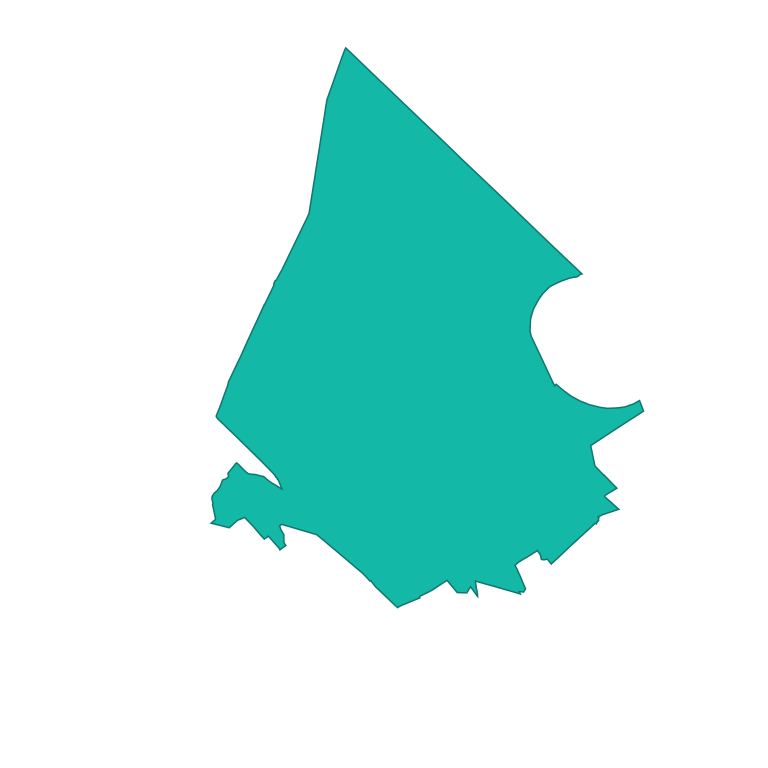 Atenco, México, Mexico, rotated 133°
{"feature_id": "50627088B50781851998453", "entity_name": "Atenco", "entity_type": "district", "adm_level": 2, "iso_a3": "MEX", "parent_name": "Mexico", "parent_adm1": "México", "projection": "equal_earth", "projection_center": [-98.95, 19.543], "detail": "fine", "context": "isolated", "style": "filled", "palette": "teal", "viewbox_px": 768, "rotation_deg": 133, "n_neighbors": 0, "source": "geoboundaries", "source_scale": "gbopen_adm2", "svg_char_len": 5175}
<svg xmlns="http://www.w3.org/2000/svg" viewBox="0 0 768 768"><g transform="rotate(133 384 384)"><path d="M226.8,175.7L224.3,180.8L221.8,185.8L228.7,188.1L231.1,189.4L236.5,192.2L241.8,196.5L245.8,200.4L249.7,204.3L254.0,210.5L259.0,219.6L262.8,229.2L265.4,239.4L266.5,250.0L266.8,257.9L269.0,257.9L266.4,264.7L261.5,276.8L258.3,284.8L253.5,296.8L248.7,308.9L245.2,313.9L242.8,315.8L236.7,321.0L232.1,323.4L227.6,325.7L223.9,326.7L216.4,328.6L209.5,329.5L204.6,329.3L199.7,329.1L193.6,326.9L188.2,324.7L180.4,320.7L178.7,319.5L177.1,318.5L175.4,317.0L173.6,315.7L170.2,315.3L168.5,314.3L168.4,321.6L168.3,337.8L168.2,347.8L168.1,359.8L167.7,385.1L167.2,413.3L166.9,437.1L166.7,458.7L166.6,476.0L166.3,489.6L165.9,514.7L165.8,526.4L165.7,536.4L165.5,550.7L165.4,560.7L165.2,574.0L165.0,586.3L165.0,594.8L164.9,598.3L164.7,613.1L164.3,638.3L164.3,641.2L167.1,640.3L172.3,638.2L178.0,635.7L183.6,633.3L187.9,631.4L193.7,628.9L197.9,627.0L205.3,623.8L209.7,621.9L215.0,619.6L218.5,617.3L225.0,612.9L232.4,607.8L238.1,604.0L242.5,601.0L248.9,596.7L255.3,592.3L261.6,588.1L267.1,584.4L273.3,580.2L280.9,575.0L285.6,571.9L291.2,568.1L297.4,563.9L305.4,558.5L310.6,555.0L312.2,554.6L315.7,553.3L324.1,550.8L329.5,549.1L336.8,546.8L342.1,545.2L347.2,543.6L355.3,541.1L359.5,539.8L364.7,538.2L370.5,536.4L374.0,535.6L375.7,535.2L378.1,534.5L381.1,533.7L382.9,534.0L385.8,533.0L385.9,532.9L386.4,532.4L386.9,532.0L387.3,531.8L387.7,531.6L388.3,531.4L393.4,529.8L400.5,527.6L407.6,525.4L407.6,525.7L411.2,524.5L418.4,522.1L425.6,519.7L432.8,517.4L436.3,516.2L443.5,513.8L450.7,511.4L455.0,509.9L463.6,507.0L468.1,505.7L474.3,503.7L479.7,502.0L485.0,500.3L488.8,499.1L490.0,498.2L492.4,497.0L499.6,494.0L504.8,491.8L511.4,488.9L521.8,484.9L522.3,484.3L522.9,481.4L522.9,479.9L522.9,477.6L522.9,473.4L523.1,467.3L523.1,463.7L523.1,463.1L523.2,458.5L523.3,452.2L523.4,450.9L523.4,447.0L523.5,446.2L523.5,444.9L523.7,438.0L523.8,436.2L523.9,430.6L524.0,427.5L524.1,422.0L524.2,419.8L524.5,412.0L524.7,408.4L524.8,406.2L524.8,405.8L525.1,401.8L525.9,399.7L525.6,397.7L526.0,397.5L526.3,397.3L526.4,395.7L529.2,389.4L530.4,387.0L530.7,388.2L531.1,390.0L531.7,393.0L532.4,396.6L532.8,397.8L532.9,398.6L533.2,400.6L533.5,402.9L533.6,405.1L533.7,407.7L533.7,408.6L534.2,409.7L535.0,410.9L535.7,412.1L537.5,415.7L537.7,416.1L538.8,417.5L539.9,418.7L540.5,419.6L541.2,420.5L541.7,421.3L542.1,422.1L542.4,424.3L542.4,427.3L542.4,428.2L542.3,430.7L542.2,432.6L542.1,434.2L542.1,435.6L542.0,437.1L542.2,437.4L542.5,438.2L550.0,437.6L554.8,437.3L555.7,437.2L556.3,436.6L557.0,435.5L557.3,435.0L557.9,434.7L558.6,434.5L559.4,434.5L561.9,435.1L563.0,435.9L563.7,436.4L564.2,436.5L564.8,436.4L569.5,434.4L570.8,434.0L572.3,433.7L573.1,433.7L573.8,433.5L575.6,433.3L577.5,433.5L578.3,433.6L579.8,433.7L580.8,433.6L581.6,433.4L582.2,433.3L583.5,432.9L584.6,432.3L585.5,431.3L587.4,428.5L588.1,427.7L589.1,427.0L589.6,426.7L590.6,425.0L597.5,415.3L598.1,414.9L603.7,415.5L599.2,407.4L594.7,399.2L587.2,398.5L583.5,398.1L576.7,394.9L577.3,382.4L578.8,370.1L578.8,368.8L579.1,365.8L578.6,365.7L576.9,365.3L574.3,364.8L574.1,364.8L575.7,348.2L576.3,347.0L572.2,346.3L569.0,345.6L568.3,348.9L565.4,351.7L562.5,354.5L561.9,356.5L560.9,359.7L560.9,359.9L558.9,363.7L556.3,363.0L554.0,358.3L549.8,349.9L546.3,342.8L546.2,342.7L542.8,336.0L541.5,333.2L541.3,333.0L540.1,330.4L540.0,330.2L539.6,322.3L539.5,321.8L539.4,319.4L539.2,315.0L539.2,314.7L539.1,312.4L538.8,308.0L538.5,301.0L538.4,298.9L538.4,298.7L538.3,297.6L538.0,290.9L537.9,288.7L537.5,280.4L537.2,274.0L537.1,272.3L537.0,270.6L537.0,270.4L537.1,268.0L537.3,264.8L537.7,259.7L536.8,259.3L536.9,259.1L538.1,251.8L538.1,251.7L538.2,237.2L538.2,233.1L538.3,231.9L538.3,229.2L538.3,222.2L538.4,221.7L533.7,220.1L530.2,218.4L523.1,215.2L516.0,211.9L515.1,213.2L513.0,212.3L504.6,209.1L501.5,208.1L496.0,206.8L492.3,205.9L484.6,204.0L486.6,188.2L480.3,181.0L473.2,182.4L473.4,181.7L475.4,171.6L475.5,170.7L474.0,172.3L472.0,174.8L470.3,177.2L465.8,182.8L461.6,174.5L456.8,165.3L452.3,156.4L448.8,149.6L444.6,141.1L443.7,143.6L442.5,142.2L441.1,140.1L437.3,140.7L434.8,146.4L433.7,148.9L432.1,152.2L430.5,156.2L428.7,160.2L427.3,164.6L425.0,164.3L421.8,163.9L416.5,162.4L416.2,162.3L412.3,161.1L405.8,159.4L401.5,158.2L401.2,158.3L402.2,153.7L402.5,153.0L404.9,149.3L404.3,148.1L402.9,146.6L400.7,145.1L400.8,144.5L401.5,139.2L401.6,138.9L386.4,137.8L379.3,137.4L375.8,137.2L375.4,137.2L373.5,137.0L372.5,137.0L370.8,136.8L364.6,136.3L360.7,136.0L352.2,135.3L345.1,134.8L341.7,134.5L341.6,133.4L338.3,134.2L338.0,133.8L337.6,133.8L337.2,134.6L335.2,135.6L335.0,136.8L332.6,135.8L330.9,135.2L330.1,134.8L329.9,134.8L329.4,134.6L329.0,134.2L324.4,131.7L320.6,129.6L316.7,127.5L315.8,127.0L315.5,126.8L315.6,130.6L315.6,133.0L315.6,134.0L315.7,138.5L315.8,141.3L315.9,144.1L315.9,145.6L314.7,146.4L307.0,144.2L304.2,143.4L301.4,142.6L301.3,144.0L301.2,147.4L301.1,149.3L300.7,156.8L300.5,161.2L300.8,161.3L300.1,173.8L299.2,175.1L293.7,182.9L290.0,188.1L288.1,190.8L283.5,189.7L281.4,189.2L273.4,187.3L265.7,185.4L260.0,184.0L253.9,182.5L249.6,181.4L246.6,180.7L241.6,179.4L238.1,178.5L226.8,175.7Z" fill="#14b8a6" stroke="#0f766e" stroke-width="1.5"/></g></svg>